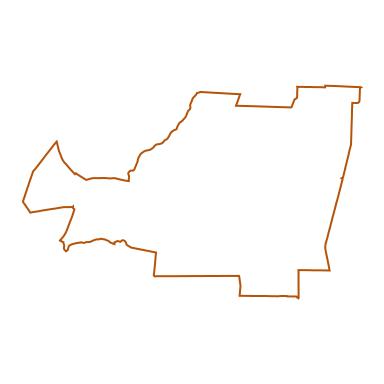 Mereni, Constanta, Romania
{"feature_id": "2599482B33933506260417", "entity_name": "Mereni", "entity_type": "district", "adm_level": 2, "iso_a3": "ROU", "parent_name": "Romania", "parent_adm1": "Constanta", "projection": "robinson", "projection_center": [28.322, 44.014], "detail": "fine", "context": "isolated", "style": "outline", "palette": "amber", "viewbox_px": 384, "rotation_deg": 0, "n_neighbors": 0, "source": "geoboundaries", "source_scale": "gbopen_adm2", "svg_char_len": 5300}
<svg xmlns="http://www.w3.org/2000/svg" viewBox="0 0 384 384"><path d="M23.0,201.8L23.2,202.1L23.2,202.3L25.1,204.9L26.8,207.4L28.8,210.3L29.4,211.3L30.3,212.6L32.5,212.2L36.9,211.5L39.5,211.1L42.9,210.4L46.2,209.9L53.2,208.8L54.3,208.7L62.5,207.3L63.8,207.2L65.9,207.1L67.9,207.1L69.8,207.1L72.0,207.0L72.6,207.0L72.9,206.7L73.0,206.6L73.0,207.6L73.0,208.0L73.4,208.4L74.4,209.3L74.3,209.7L73.5,212.2L72.6,215.1L71.4,218.4L69.6,222.9L68.9,224.7L68.2,226.7L66.7,230.6L66.3,231.6L65.2,233.7L64.1,235.4L63.4,236.5L62.8,237.2L60.8,239.6L60.0,240.6L60.3,240.8L60.3,240.7L61.6,241.3L62.9,242.0L63.4,242.1L63.3,242.7L63.6,243.6L63.9,244.2L64.1,245.3L64.2,245.9L64.1,246.9L63.9,247.6L63.9,248.2L64.0,248.8L64.4,249.6L65.2,250.4L65.6,250.9L66.0,251.3L67.0,250.6L67.8,249.9L68.2,248.2L68.8,246.3L69.2,245.7L71.2,244.6L72.0,244.2L74.3,243.6L77.7,242.9L78.6,242.8L79.9,242.6L81.3,242.5L81.3,242.4L82.3,242.6L83.5,242.9L84.4,242.9L86.2,242.1L89.0,242.0L89.5,242.1L91.3,241.4L93.9,240.2L96.0,239.5L96.7,239.3L97.8,239.5L99.4,239.2L99.8,239.0L100.7,238.7L101.9,239.0L103.0,239.2L104.8,239.4L106.0,240.0L107.9,240.7L109.0,241.3L109.7,242.0L110.4,242.6L111.8,243.0L113.5,243.9L114.5,244.1L114.6,242.3L115.8,241.8L117.5,241.0L119.0,241.4L120.4,241.9L121.6,240.7L122.7,240.2L123.7,240.4L124.9,241.1L125.6,242.0L126.0,242.8L126.4,244.0L126.6,244.7L127.0,245.1L131.2,247.6L131.3,247.6L134.8,248.3L139.4,249.2L156.0,252.5L155.0,264.0L154.1,272.8L153.8,274.4L153.8,274.9L153.9,275.6L154.2,276.0L154.5,276.3L155.1,276.3L156.5,276.2L158.6,276.2L173.6,276.2L188.7,276.1L189.3,276.1L239.0,275.9L239.2,276.3L240.5,285.9L239.6,295.8L249.0,295.9L252.7,296.0L255.6,296.0L259.2,296.0L262.9,296.0L265.8,296.0L271.6,296.2L274.4,296.2L277.9,296.3L280.8,296.0L283.4,296.0L286.8,296.0L287.0,296.4L296.5,296.5L296.9,297.2L298.4,298.3L298.6,298.0L298.5,274.3L298.6,274.2L298.6,273.6L298.5,271.0L298.4,270.1L298.5,270.1L309.9,270.2L312.6,270.3L319.6,270.3L329.6,270.5L328.1,262.6L327.7,260.7L326.2,253.5L325.4,249.4L325.2,247.0L325.6,243.7L325.8,243.2L325.9,242.4L326.1,242.3L326.4,241.0L327.2,238.3L328.8,231.9L329.9,227.9L331.5,221.7L332.5,217.6L333.5,214.1L334.9,208.7L336.8,201.3L337.1,200.5L337.7,198.2L338.7,194.4L339.3,192.0L340.4,187.9L341.4,183.8L342.6,179.2L341.5,178.3L343.0,177.5L344.4,171.8L345.3,168.3L345.2,168.2L345.3,167.9L346.7,162.3L347.7,158.2L348.7,154.4L348.7,153.6L349.6,150.0L351.0,144.7L351.3,135.7L351.6,124.6L351.8,119.3L352.0,113.4L351.9,113.0L352.3,102.9L356.5,103.0L357.0,103.0L357.5,103.0L358.0,102.9L358.4,102.6L358.9,102.2L359.0,102.0L359.3,101.4L359.5,100.8L359.9,89.5L360.0,88.8L360.2,88.1L360.4,87.8L360.8,87.4L361.0,87.3L360.8,87.2L349.2,86.7L337.2,86.1L325.2,85.7L325.1,87.3L324.9,87.3L323.9,87.3L323.0,87.3L321.7,87.2L320.9,87.2L319.8,87.2L318.3,87.2L317.3,87.1L316.1,87.1L314.4,87.1L313.4,87.1L312.3,87.1L311.0,87.0L309.9,87.0L308.8,87.0L307.8,87.0L307.0,87.0L305.0,87.0L303.8,86.9L302.2,86.9L300.6,86.9L299.2,86.9L298.2,86.9L297.2,86.8L297.4,87.9L297.4,88.5L297.3,89.2L297.3,90.1L297.3,90.8L297.2,92.0L297.2,92.9L297.2,93.8L297.2,94.7L297.2,95.2L297.1,95.9L297.1,96.6L297.0,97.5L297.0,97.8L296.3,98.4L294.8,99.3L294.3,99.9L293.0,103.4L291.5,107.3L291.3,107.4L280.0,107.1L258.8,106.4L258.7,106.4L238.4,105.8L236.4,105.8L236.0,105.8L240.2,94.2L239.4,94.2L218.2,93.0L207.6,92.4L202.4,92.1L200.3,91.9L199.7,92.3L197.8,92.9L196.9,93.1L196.6,93.7L196.1,94.7L195.7,95.1L195.4,95.5L194.0,96.9L192.5,98.6L192.4,98.9L192.2,100.0L191.3,102.1L191.2,102.3L190.5,103.9L190.3,104.5L190.2,105.3L190.2,106.0L190.3,106.7L190.4,107.6L190.3,108.3L190.0,109.0L188.0,111.1L186.8,114.0L186.3,115.5L185.4,117.2L185.0,117.7L184.3,118.6L183.7,119.1L183.1,119.8L182.6,120.5L181.9,121.1L181.0,121.8L180.1,122.4L179.5,122.9L178.9,123.7L178.3,124.8L177.3,126.8L176.9,128.1L176.8,128.5L176.4,129.2L175.8,129.6L173.8,130.3L171.5,132.0L170.9,132.5L169.0,136.2L167.7,138.3L166.9,139.1L165.5,139.9L164.9,140.2L164.6,140.4L164.1,141.1L163.6,141.8L162.8,142.5L162.1,143.2L161.5,143.4L161.0,143.6L160.5,143.8L159.3,144.1L157.3,144.3L156.5,144.5L155.4,145.2L154.8,145.8L152.9,147.9L152.1,148.5L151.2,149.1L150.7,149.4L149.7,149.9L149.2,150.0L147.5,150.4L146.5,150.5L144.7,151.1L143.9,151.5L143.2,152.0L142.6,152.5L142.0,152.9L141.2,153.4L140.8,153.7L140.6,154.0L140.3,154.6L140.0,155.2L139.4,156.2L138.8,157.2L138.7,157.3L138.0,159.2L137.7,160.5L137.5,161.8L134.2,169.7L133.6,170.3L132.5,170.6L132.3,170.6L130.9,170.6L130.1,170.9L129.1,171.8L128.5,172.6L128.3,173.3L128.3,173.8L128.4,174.2L128.6,174.8L128.7,175.1L128.9,175.4L129.0,175.9L129.0,176.4L128.9,177.5L128.8,181.1L125.4,180.6L121.4,179.8L118.5,179.1L115.5,178.3L114.7,178.2L114.2,178.2L112.7,178.2L111.4,178.3L110.9,178.4L110.6,178.5L107.1,178.2L104.0,178.0L101.0,178.1L100.4,178.1L100.1,178.1L94.9,178.1L92.2,178.2L86.2,179.9L82.8,177.8L77.7,174.6L75.9,173.3L75.1,174.0L74.9,174.2L71.1,170.1L70.4,169.3L69.4,168.2L67.9,166.3L66.2,164.4L64.5,162.6L64.0,162.0L63.0,160.5L62.4,159.5L61.8,158.1L61.1,156.4L60.5,154.7L59.6,152.5L58.8,150.4L58.7,149.9L58.2,147.8L57.7,145.8L56.7,141.6L55.6,142.8L54.8,143.8L52.1,147.2L46.3,154.6L42.4,159.7L38.6,164.7L37.3,166.4L36.4,167.5L36.1,167.9L35.0,169.2L34.6,169.7L34.2,170.1L33.5,170.8L33.3,171.0L33.1,171.6L32.9,172.1L30.3,179.5L28.7,184.2L26.4,191.1L24.8,195.9L23.2,200.8L23.0,201.8Z" fill="none" stroke="#b45309" stroke-width="2"/></svg>